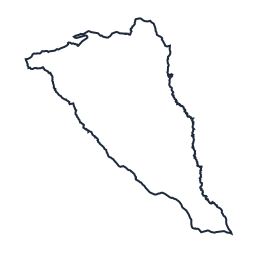 Brezoi, Vâlcea, Romania (Mercator projection), rotated 178°
{"feature_id": "2599482B31107068375666", "entity_name": "Brezoi", "entity_type": "district", "adm_level": 2, "iso_a3": "ROU", "parent_name": "Romania", "parent_adm1": "Vâlcea", "projection": "mercator", "projection_center": [24.205, 45.404], "detail": "fine", "context": "isolated", "style": "outline", "palette": "slate", "viewbox_px": 256, "rotation_deg": 178, "n_neighbors": 0, "source": "geoboundaries", "source_scale": "gbopen_adm2", "svg_char_len": 5735}
<svg xmlns="http://www.w3.org/2000/svg" viewBox="0 0 256 256"><g transform="rotate(178 128 128)"><path d="M211.1,207.8L212.2,206.5L213.5,205.5L216.1,205.8L216.9,205.5L219.5,205.7L220.7,204.9L221.8,202.8L223.0,201.8L225.7,200.5L227.8,200.4L227.6,199.1L226.8,197.8L226.7,196.9L226.0,195.2L226.3,194.2L225.4,192.6L225.4,191.4L223.7,191.7L223.1,190.5L221.2,190.3L219.8,191.0L217.7,191.3L216.9,190.7L213.1,190.8L211.0,191.7L210.6,190.6L209.8,190.4L209.4,189.1L206.3,187.5L205.7,186.9L205.7,186.3L205.1,186.1L204.8,185.5L203.7,185.8L203.6,185.2L202.9,184.5L203.0,183.9L202.3,183.2L201.6,181.6L201.9,180.3L201.7,179.1L202.0,178.3L201.9,177.3L201.3,176.7L201.4,175.2L200.9,174.2L200.7,173.0L200.6,171.9L200.8,170.9L200.1,170.0L199.5,169.8L199.8,169.3L199.4,168.9L199.6,168.5L199.0,168.1L198.7,166.6L197.7,166.0L195.7,163.2L193.8,162.1L193.0,160.6L190.2,158.8L189.0,158.7L188.8,158.2L185.8,156.1L185.9,154.8L185.4,153.8L181.8,154.5L181.3,151.8L180.2,149.2L180.2,148.4L179.1,147.5L179.9,145.6L179.9,143.5L178.8,142.5L178.7,141.2L177.4,139.7L177.1,138.6L176.3,137.8L175.6,135.1L174.5,134.9L173.9,134.1L172.0,132.7L172.1,131.8L172.5,131.1L172.6,129.9L171.1,128.9L170.5,128.1L169.6,128.4L168.6,127.0L167.7,126.9L167.7,125.7L167.1,126.3L164.7,125.2L163.7,122.6L162.5,121.4L161.5,121.0L161.1,119.7L160.5,119.9L159.2,118.7L158.3,117.4L158.3,117.0L158.8,116.6L158.5,116.2L158.4,115.2L157.1,114.3L157.0,113.5L153.0,109.7L152.2,107.9L150.6,106.9L150.1,104.3L149.5,103.5L148.6,100.6L148.0,99.8L146.1,99.0L145.0,98.0L143.9,97.4L143.1,96.1L142.6,95.8L142.4,95.1L141.2,94.0L138.4,90.2L136.9,89.5L134.0,90.1L131.7,88.6L129.2,86.1L127.2,85.5L126.6,85.1L126.4,84.5L125.4,83.9L123.3,81.7L122.6,79.8L121.8,78.8L121.8,77.6L122.1,77.8L122.2,77.1L121.7,76.0L119.4,74.8L117.7,73.3L116.8,73.1L115.1,70.7L113.6,69.6L112.7,67.9L108.4,62.9L103.5,60.5L101.6,60.7L100.1,61.4L98.5,61.5L97.1,62.1L95.7,62.1L93.2,60.8L88.3,57.1L86.9,56.6L85.8,56.7L84.3,55.6L82.7,55.2L79.4,52.6L77.4,49.7L76.4,46.7L72.6,43.5L70.3,39.4L69.0,35.8L67.9,34.2L68.1,29.9L67.7,27.1L66.9,25.8L64.9,25.0L64.2,25.3L63.6,24.9L61.5,24.8L60.3,23.8L58.5,21.3L53.3,22.4L52.5,22.8L50.9,22.6L48.6,21.2L45.2,20.4L43.5,20.9L35.9,21.6L34.8,21.3L32.8,20.1L30.0,19.7L28.2,18.8L28.7,20.6L31.1,23.9L32.9,28.2L33.2,30.2L33.0,32.9L33.6,35.1L34.5,36.3L35.0,36.4L35.7,37.3L36.6,39.4L37.0,39.7L37.2,40.7L37.0,42.1L37.3,42.8L38.4,44.2L41.8,46.2L42.0,46.5L41.8,47.5L43.1,48.1L44.6,50.1L45.7,50.0L46.1,51.1L46.5,50.9L46.7,50.2L47.3,49.6L48.8,50.1L48.9,50.7L49.7,51.3L50.2,52.4L50.9,53.1L50.6,53.7L50.8,54.1L51.1,54.2L51.7,53.7L52.7,54.4L52.8,55.9L52.5,56.4L51.9,56.7L52.3,57.3L55.0,57.7L55.6,59.2L56.1,59.6L55.9,60.4L55.3,61.2L55.7,62.2L55.6,62.8L56.4,63.5L57.0,63.6L56.7,64.7L57.4,64.9L57.8,65.4L57.6,66.1L57.8,66.4L56.3,67.9L56.0,70.3L57.4,70.9L57.8,73.1L57.4,74.3L58.1,75.1L57.2,76.3L56.7,76.6L57.0,77.3L56.7,78.4L57.1,79.7L57.5,80.2L57.0,81.0L57.3,82.5L57.0,83.1L56.5,83.3L56.8,84.0L56.4,84.6L56.5,86.1L55.8,86.6L55.8,86.9L56.6,87.0L57.7,86.5L59.0,87.8L59.8,87.6L60.0,87.8L60.1,88.1L59.7,88.6L59.7,90.1L59.8,90.6L60.2,90.8L60.0,91.7L60.6,92.5L60.6,93.6L61.7,94.9L61.6,95.8L62.5,96.0L62.0,96.9L63.2,98.0L63.1,98.4L62.2,98.8L61.8,99.4L61.9,100.3L62.1,100.5L61.8,102.6L62.6,103.6L63.1,104.8L63.2,105.7L64.1,105.9L64.4,106.5L63.5,107.4L63.9,108.1L63.7,108.8L64.0,110.0L63.2,110.9L63.2,112.1L62.6,113.2L62.6,114.7L63.1,116.1L62.8,117.4L63.3,117.7L64.2,117.7L64.4,118.1L63.0,119.0L63.8,119.6L63.7,120.5L64.0,121.0L63.1,122.3L62.9,124.0L62.0,124.5L63.4,126.1L63.2,128.3L62.5,129.5L62.5,130.0L63.0,130.4L63.1,130.8L62.4,131.6L63.2,132.2L63.2,132.8L63.7,133.4L63.3,133.9L63.4,134.5L62.8,135.2L64.7,135.3L64.8,136.5L65.8,136.8L66.3,137.5L67.6,137.1L68.1,137.5L68.4,138.3L68.2,138.9L68.5,139.3L68.1,139.8L68.2,140.2L68.7,140.9L69.7,140.8L70.0,142.3L71.0,142.6L70.9,143.1L70.2,143.6L70.2,144.3L71.5,145.2L71.4,145.6L71.7,146.2L71.8,146.9L72.3,147.2L72.9,148.1L74.3,148.0L74.7,149.0L75.1,149.4L75.7,149.1L75.9,149.5L75.7,150.1L75.9,150.3L78.0,150.1L77.6,151.6L78.7,151.9L79.0,152.3L78.6,153.1L79.4,153.3L79.0,154.6L80.5,155.6L80.8,157.1L81.6,157.6L81.7,157.9L81.3,159.0L82.7,159.7L82.5,160.7L81.5,162.0L83.1,164.5L82.8,166.4L83.0,166.8L84.6,167.9L85.3,170.0L84.9,171.4L84.7,173.5L85.0,174.1L84.2,176.5L82.0,178.5L82.2,179.3L81.9,179.8L82.8,180.3L83.9,179.6L85.6,178.0L86.2,179.4L85.7,180.2L86.1,180.4L86.7,182.3L86.2,183.5L85.9,187.7L85.4,188.3L85.1,189.4L86.0,191.7L86.2,194.9L85.4,195.7L85.7,196.5L85.5,197.8L84.1,199.1L83.2,200.6L83.0,202.7L83.4,203.7L83.6,205.6L83.2,208.8L86.1,208.1L88.0,208.9L88.2,209.8L90.2,214.0L91.1,215.1L90.7,216.0L90.7,216.6L92.5,218.3L93.4,218.5L95.9,220.2L96.3,222.8L97.0,224.1L97.1,226.5L98.6,231.3L101.0,233.0L102.1,234.4L104.4,233.8L107.4,234.2L109.0,235.0L111.3,236.9L113.0,237.2L113.9,236.8L116.1,236.7L117.0,235.7L117.0,234.5L117.6,233.1L117.6,231.6L119.2,229.7L120.1,229.3L120.3,228.4L120.8,227.6L121.7,227.2L121.7,226.6L122.0,226.0L121.5,225.5L121.1,224.4L122.0,223.5L122.1,222.2L122.7,221.2L123.7,221.3L124.7,222.2L126.0,222.2L126.7,222.5L126.9,222.1L127.5,222.0L128.6,222.5L133.4,223.0L134.3,223.8L136.4,224.4L140.8,222.9L141.3,221.9L142.9,220.2L143.9,219.8L144.7,219.1L145.9,219.1L149.2,219.9L150.3,220.5L150.9,221.3L152.3,221.2L154.8,223.8L161.5,225.1L163.4,226.1L164.4,226.1L169.1,223.5L171.4,223.4L172.2,223.7L173.0,223.0L176.9,222.1L178.9,221.1L177.8,220.1L176.0,219.8L167.2,222.0L166.1,221.6L165.5,220.9L165.5,219.7L166.0,219.2L170.8,216.2L174.8,211.9L175.4,211.9L175.7,213.1L176.5,213.1L177.7,213.9L178.5,213.7L179.8,214.5L181.4,214.2L182.6,215.2L184.4,215.5L185.1,214.9L184.9,213.8L186.0,212.7L188.8,211.2L192.0,210.2L194.6,208.9L196.3,209.3L198.4,207.9L203.8,207.3L205.0,206.7L206.0,207.7L207.3,207.9L209.1,207.5L211.1,207.8Z" fill="none" stroke="#1e293b" stroke-width="2"/></g></svg>